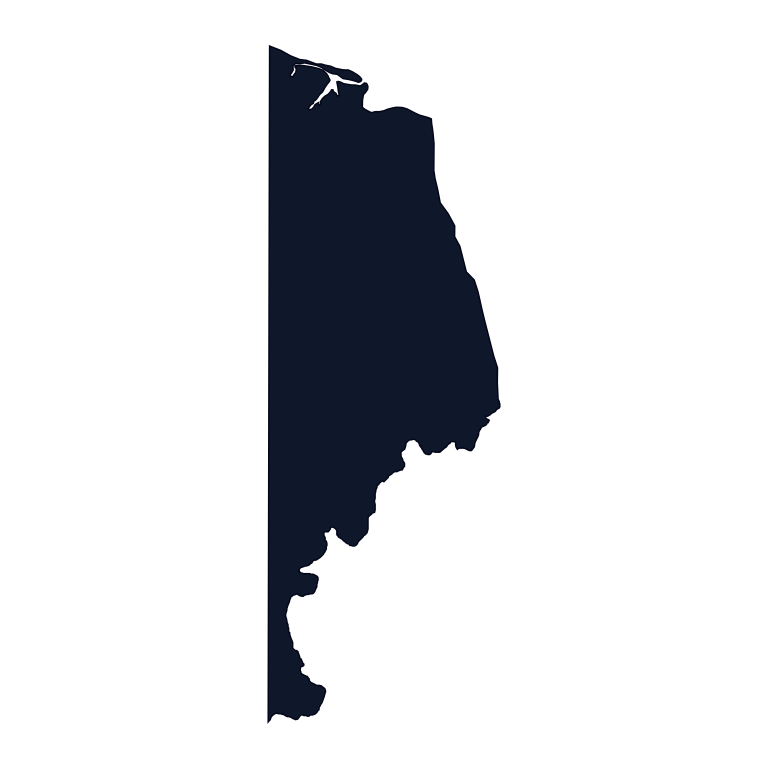 the district of Juan Francisco Bulnes, Gracias a Dios, Honduras
{"feature_id": "27666195B12686081930969", "entity_name": "Juan Francisco Bulnes", "entity_type": "district", "adm_level": 2, "iso_a3": "HND", "parent_name": "Honduras", "parent_adm1": "Gracias a Dios", "projection": "orthographic", "projection_center": [-84.929, 15.724], "detail": "fine", "context": "isolated", "style": "filled", "palette": "ink", "viewbox_px": 768, "rotation_deg": 0, "n_neighbors": 0, "source": "geoboundaries", "source_scale": "gbopen_adm2", "svg_char_len": 6031}
<svg xmlns="http://www.w3.org/2000/svg" viewBox="0 0 768 768"><path d="M431.3,118.9L428.5,117.7L424.3,116.5L419.4,115.1L414.9,113.0L407.2,109.0L402.6,107.6L398.2,107.3L395.4,107.4L391.2,108.3L387.8,109.2L383.9,110.8L379.3,111.7L375.4,111.7L371.3,112.7L367.8,110.9L364.8,109.3L362.3,107.3L362.4,104.6L362.4,101.8L362.6,99.1L363.5,94.4L365.2,92.8L367.6,89.4L367.9,86.5L367.3,84.9L366.5,83.4L364.3,83.0L363.0,84.2L361.8,85.0L360.7,85.9L359.5,85.9L356.8,85.3L354.6,85.0L351.5,85.0L346.7,84.2L343.7,83.7L341.8,82.7L339.7,81.8L338.2,81.5L336.9,81.9L337.3,84.3L338.0,87.9L338.2,90.5L338.6,92.4L339.3,94.8L338.1,95.7L337.1,96.0L336.2,93.6L335.0,92.7L333.4,91.6L332.9,89.8L331.5,89.8L330.7,91.5L328.2,94.3L325.2,96.0L322.6,98.3L320.7,101.2L320.7,103.9L319.6,105.2L318.6,104.6L318.7,102.5L316.5,103.7L314.7,105.1L313.9,107.0L311.7,109.2L309.4,109.7L308.4,108.6L309.2,107.0L310.4,105.5L311.3,104.4L313.3,103.4L313.7,101.3L315.6,100.1L317.4,97.9L319.5,94.7L322.6,91.8L325.0,87.4L327.3,84.0L329.1,81.9L330.0,80.1L328.7,77.7L327.9,75.7L326.4,73.5L323.0,70.3L319.9,69.0L316.0,67.9L311.4,66.8L307.2,66.2L303.4,65.6L299.5,65.3L297.2,65.5L295.0,65.9L295.1,67.4L296.2,68.4L296.2,69.9L295.7,72.6L294.5,74.0L293.3,75.8L292.6,77.0L290.3,76.1L290.5,74.3L291.8,72.6L293.2,69.9L293.0,68.0L293.1,65.3L295.8,63.5L300.5,63.5L304.7,62.9L310.1,64.0L316.8,65.4L321.7,67.5L326.2,70.6L329.3,72.4L332.6,73.7L337.3,74.3L343.1,78.6L348.5,79.4L354.3,80.8L358.6,82.3L360.7,81.5L361.5,80.3L361.6,79.1L359.7,76.7L357.0,74.6L352.3,71.8L348.4,70.0L343.2,69.9L335.6,68.4L330.8,66.3L325.0,65.1L321.3,64.0L316.3,64.0L306.7,60.4L299.6,59.5L290.4,55.8L280.7,50.4L269.6,46.1L268.2,721.9L270.2,719.6L270.8,717.8L271.4,716.6L273.2,714.8L274.9,713.7L276.7,713.1L278.5,713.7L281.4,713.7L282.0,714.3L283.2,714.3L284.3,714.9L284.9,715.4L287.3,716.6L289.0,716.6L290.8,717.2L292.0,717.8L292.6,718.4L294.3,719.0L295.5,719.6L297.8,719.0L299.0,717.2L299.6,716.6L300.2,715.5L301.4,714.9L302.6,714.9L303.7,715.5L306.1,715.5L307.3,716.1L309.0,716.1L310.2,714.9L312.5,714.9L314.3,714.3L315.5,713.7L317.2,711.9L317.8,710.7L319.0,709.6L319.0,707.8L320.8,704.3L322.0,702.5L322.6,700.7L323.1,699.5L324.3,696.0L324.9,693.6L325.5,691.9L325.5,690.7L324.9,688.9L324.3,688.3L323.7,687.7L322.6,687.1L321.4,685.9L319.0,685.4L316.7,685.4L312.0,683.0L310.8,682.4L310.2,681.8L309.6,681.2L309.1,679.4L309.1,678.9L308.5,678.3L307.3,676.5L305.5,675.9L302.0,674.1L300.8,672.9L300.8,671.8L300.3,671.2L300.3,668.2L300.9,667.0L301.4,666.4L302.6,666.4L303.8,665.3L303.8,664.1L302.6,662.9L302.0,661.1L300.9,658.8L299.7,658.2L299.7,657.0L297.9,651.7L297.3,651.1L296.2,650.5L295.0,650.5L293.2,648.7L292.6,647.5L292.7,642.8L292.1,641.0L290.9,638.1L289.7,634.5L289.7,632.8L288.6,631.6L288.6,628.0L288.0,626.9L288.0,625.1L286.8,621.5L286.8,620.4L286.2,618.0L285.6,616.2L285.6,614.5L286.2,612.1L286.8,610.3L286.8,608.5L288.0,605.0L289.2,602.1L289.8,599.7L290.4,598.5L290.9,596.7L292.1,596.2L293.3,595.0L293.9,595.0L295.7,594.4L296.8,593.8L298.0,594.4L298.6,595.0L299.8,595.6L301.5,596.2L303.3,596.2L304.5,595.0L305.6,595.0L306.2,594.4L308.6,594.4L309.8,593.8L312.1,593.8L313.3,593.2L313.9,592.6L315.0,590.9L315.0,590.3L316.8,586.7L316.8,584.4L317.4,582.6L317.4,581.4L318.0,580.2L318.0,577.9L317.4,576.7L316.8,576.1L313.3,574.3L311.0,574.3L309.8,573.7L303.3,573.7L302.1,573.1L301.0,573.1L299.8,571.9L299.2,571.9L299.2,569.6L299.8,568.4L300.4,567.8L301.6,567.2L302.1,567.2L303.3,566.6L303.9,566.6L304.5,566.0L306.3,566.0L307.4,565.5L308.0,565.5L308.6,564.9L309.2,564.9L311.0,563.1L311.6,563.1L312.1,562.5L312.1,561.9L313.3,560.7L314.5,560.1L315.7,560.1L316.9,559.6L320.4,557.2L323.3,554.3L323.9,553.1L324.5,552.5L326.3,548.9L326.3,546.6L326.9,545.4L326.9,543.6L326.3,541.3L325.1,540.1L325.1,537.7L323.9,535.4L323.9,532.4L324.5,531.8L328.1,531.8L329.2,530.6L329.8,529.5L330.4,528.9L330.4,527.7L331.0,527.1L333.3,527.1L333.9,527.7L335.1,528.3L335.7,528.9L336.9,530.6L336.9,534.8L338.0,536.0L338.6,537.1L339.8,537.7L341.6,538.9L342.7,539.5L343.3,540.7L344.5,541.3L345.7,542.5L347.4,543.6L349.2,544.2L349.8,545.4L351.0,545.4L352.7,546.0L354.5,546.0L355.7,545.4L357.4,543.7L358.0,541.9L362.7,537.2L363.9,535.4L365.1,534.8L366.8,533.0L367.4,531.3L368.0,528.9L368.0,517.7L369.2,515.9L371.6,514.1L372.1,513.0L374.5,512.4L375.1,510.0L375.1,504.1L374.5,502.3L374.5,500.6L375.1,498.2L375.1,493.5L375.7,491.7L375.7,490.5L376.3,488.8L376.9,487.6L376.9,486.4L377.5,485.2L378.6,484.6L379.2,483.4L381.0,481.7L382.2,481.1L383.4,481.1L383.9,481.7L388.1,477.5L388.6,475.8L389.8,475.2L391.6,474.0L393.4,472.2L395.1,471.6L396.9,471.6L399.2,470.5L401.0,469.9L402.2,469.9L403.4,467.5L404.5,466.3L404.5,463.4L403.9,462.2L402.8,461.0L402.8,459.8L401.0,456.3L401.0,451.6L402.2,451.0L402.8,450.4L404.6,449.2L405.7,445.7L405.7,444.5L406.3,442.7L408.1,440.9L409.9,439.8L411.6,439.8L413.4,439.2L415.7,439.8L416.3,441.0L417.5,441.5L418.7,442.7L419.2,443.9L419.8,445.7L421.6,448.0L422.2,449.2L423.4,451.0L423.9,452.2L424.5,452.8L425.7,454.0L426.3,454.0L428.0,454.5L429.2,454.6L430.4,454.0L431.0,453.4L432.2,451.6L433.3,451.6L435.1,452.2L439.8,452.2L444.5,448.1L446.3,446.9L447.5,445.1L448.6,443.9L449.8,443.4L451.0,441.6L454.5,441.6L455.1,442.2L455.7,442.8L455.7,445.7L456.3,447.5L457.4,449.3L458.0,448.7L459.2,448.1L463.9,448.1L465.7,448.7L466.8,449.3L469.2,450.5L471.5,450.5L473.3,448.1L473.9,447.5L474.5,445.7L474.5,444.6L475.1,442.2L478.0,436.3L478.6,434.5L478.6,432.8L479.2,431.0L480.4,429.2L481.6,426.9L483.3,426.3L485.7,425.1L486.8,423.9L486.8,423.3L487.4,422.7L488.0,422.7L489.2,420.4L488.6,419.8L487.4,419.2L486.9,419.2L486.3,418.6L485.7,418.6L485.7,416.2L487.4,416.2L488.6,415.6L490.4,414.5L491.6,413.3L495.1,411.5L495.7,410.9L496.3,409.7L498.0,408.6L499.2,408.0L499.8,406.8L499.8,403.8L499.2,402.7L499.2,401.5L498.0,399.1L498.0,397.6L497.3,382.7L497.5,367.9L493.6,355.7L488.4,335.4L484.6,320.6L482.0,309.8L478.1,292.2L474.2,280.0L466.3,271.9L459.8,246.2L454.6,236.7L454.7,225.9L448.1,213.7L440.2,202.9L437.6,189.3L435.0,178.5L433.8,170.4L434.0,143.5L432.8,131.3L431.6,123.2L431.3,118.9Z" fill="#0f172a" stroke="#020617" stroke-width="1.5"/></svg>